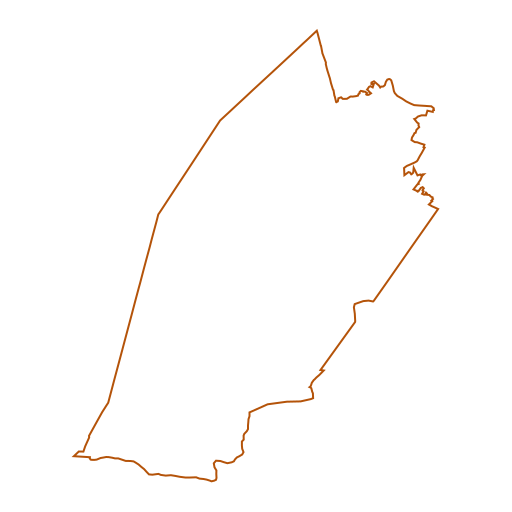 San Nicolás, Oaxaca, Mexico
{"feature_id": "50627088B62304740302326", "entity_name": "San Nicolás", "entity_type": "district", "adm_level": 2, "iso_a3": "MEX", "parent_name": "Mexico", "parent_adm1": "Oaxaca", "projection": "mercator", "projection_center": [-96.736, 16.433], "detail": "fine", "context": "isolated", "style": "outline", "palette": "amber", "viewbox_px": 512, "rotation_deg": 0, "n_neighbors": 0, "source": "geoboundaries", "source_scale": "gbopen_adm2", "svg_char_len": 4046}
<svg xmlns="http://www.w3.org/2000/svg" viewBox="0 0 512 512"><path d="M73.9,456.2L89.9,457.2L89.7,458.3L90.6,459.6L91.4,459.8L94.2,459.9L96.7,459.6L100.6,458.0L103.0,457.6L106.2,457.0L108.6,457.1L112.1,457.7L115.0,458.4L118.2,458.4L122.4,459.8L125.6,460.9L130.5,461.0L133.6,461.4L135.8,462.7L138.6,464.5L141.2,466.8L144.1,469.1L146.6,471.9L149.0,474.4L152.4,474.7L156.8,474.1L158.5,473.9L160.8,474.9L165.7,475.6L170.9,475.2L175.2,475.9L179.8,476.8L185.2,477.5L190.5,477.5L196.1,477.3L199.5,478.6L203.5,479.0L206.6,479.6L209.8,480.6L211.5,481.3L214.1,480.7L216.0,479.8L216.5,477.9L216.3,474.0L216.4,470.4L214.5,467.3L213.8,463.3L216.0,460.7L220.4,461.0L223.6,462.1L227.4,463.2L231.7,462.3L233.9,461.3L235.0,459.4L236.9,457.4L239.2,456.3L242.2,454.5L243.5,452.1L242.2,448.8L241.9,445.6L241.9,441.5L243.7,439.6L243.6,435.6L244.3,433.8L246.8,431.2L248.0,429.1L248.0,425.5L248.3,422.2L248.5,419.2L249.5,416.2L249.5,412.4L267.6,404.3L286.9,401.7L300.6,401.4L310.8,399.1L313.1,398.2L313.0,395.6L312.9,393.3L312.2,391.7L311.3,388.2L310.7,387.6L309.6,387.1L310.6,386.3L311.2,384.8L311.8,382.8L313.8,380.0L314.6,379.4L315.8,378.1L316.5,377.4L319.2,375.1L323.7,370.5L320.5,370.0L355.1,322.0L355.2,321.0L354.8,313.7L353.9,307.3L354.7,304.1L358.1,302.9L363.3,301.1L368.6,300.6L372.7,301.4L373.0,301.5L373.8,300.8L387.4,281.5L411.4,247.1L418.2,237.4L428.6,222.6L438.1,209.0L433.7,207.0L431.4,206.0L431.3,205.8L428.9,204.5L432.2,201.2L431.4,200.6L433.0,199.0L432.4,198.3L432.6,197.4L430.7,196.5L429.4,195.0L427.4,194.8L426.7,194.7L426.8,194.4L426.5,193.7L426.8,193.4L426.0,192.6L424.8,194.6L424.1,194.7L422.1,193.8L423.6,191.3L422.5,190.5L422.5,190.2L423.8,188.3L422.6,187.1L420.8,187.9L418.7,190.9L418.1,190.8L417.7,191.6L416.0,190.5L413.5,189.4L417.3,184.5L418.5,184.0L418.7,183.9L418.2,183.3L418.7,182.4L420.4,179.9L422.2,175.8L423.8,174.3L422.4,174.4L420.7,175.2L420.2,174.5L417.5,175.4L413.7,167.8L413.2,172.7L411.5,174.3L411.2,174.3L410.0,172.5L408.5,172.1L404.4,175.2L404.1,168.4L404.0,168.1L404.4,167.7L406.6,166.1L407.3,165.7L408.6,165.2L413.8,162.9L414.5,162.6L416.8,161.3L417.5,160.4L417.9,159.8L418.6,158.3L418.9,157.9L419.2,157.2L420.1,155.6L421.7,153.0L424.6,147.7L424.1,147.6L423.5,147.3L424.4,144.7L420.5,143.5L417.3,142.3L416.3,142.2L414.8,142.1L411.5,140.1L411.9,137.9L412.5,136.6L413.2,135.7L414.5,133.1L415.6,132.8L416.5,129.8L419.2,127.1L418.5,125.5L418.6,123.5L417.2,122.6L414.3,119.0L415.7,118.5L418.0,116.5L421.6,115.3L426.0,115.4L427.4,110.7L432.7,111.9L432.7,111.6L433.3,109.8L433.9,109.9L433.7,108.2L431.3,106.3L426.6,106.0L425.5,105.9L419.0,105.5L414.1,105.1L410.4,103.5L406.2,101.4L402.4,98.8L397.3,95.9L394.8,93.1L393.9,91.1L392.8,85.6L391.5,81.2L391.2,80.3L390.1,79.3L389.1,79.0L387.3,79.6L385.9,81.8L385.4,83.4L384.9,85.1L383.4,86.4L382.3,86.6L381.1,86.6L380.5,87.2L380.2,87.5L379.0,85.6L374.0,81.3L371.5,82.5L371.4,83.1L371.4,84.0L372.2,84.2L372.5,84.0L373.8,84.0L372.7,87.4L370.5,86.2L369.1,86.8L367.1,89.6L368.2,90.4L369.5,92.1L370.1,92.4L371.0,93.3L368.7,94.8L367.4,94.9L366.5,94.7L366.2,94.3L367.0,93.0L364.9,91.6L363.2,91.7L363.1,91.3L360.8,90.9L359.5,92.3L359.6,93.4L358.4,94.2L358.0,95.6L356.3,96.1L352.7,96.6L350.8,96.5L350.4,96.6L350.2,96.7L346.9,98.8L342.9,98.9L342.5,98.7L341.3,97.4L341.1,97.3L338.4,98.3L338.4,98.6L337.8,101.4L336.3,102.2L336.1,102.0L334.8,96.5L334.4,95.7L333.5,90.1L333.0,89.7L331.0,83.2L329.8,78.0L329.6,77.5L327.2,69.9L327.2,69.6L326.8,68.4L325.8,64.1L325.9,62.5L322.3,53.0L322.3,52.6L321.0,45.8L320.8,45.7L317.6,33.3L316.8,30.7L306.7,40.2L303.3,43.3L297.1,49.1L285.7,59.7L276.0,68.7L269.6,74.6L259.3,84.1L253.0,89.9L246.5,96.0L231.1,110.3L220.1,120.5L211.3,133.9L191.3,164.4L183.0,177.0L175.6,188.2L169.1,198.1L161.5,209.7L159.1,213.3L158.3,214.4L156.3,222.2L151.8,238.9L149.7,247.1L146.3,259.6L144.1,267.8L142.5,273.9L140.8,280.4L139.9,283.8L138.9,287.4L135.6,299.7L131.6,314.9L120.6,356.2L114.3,379.7L110.9,392.6L108.2,402.8L106.6,405.2L102.2,412.1L97.3,420.9L89.0,435.9L89.2,437.3L88.8,438.3L85.2,446.3L83.4,451.6L78.8,451.5L73.9,456.2Z" fill="none" stroke="#b45309" stroke-width="2"/></svg>